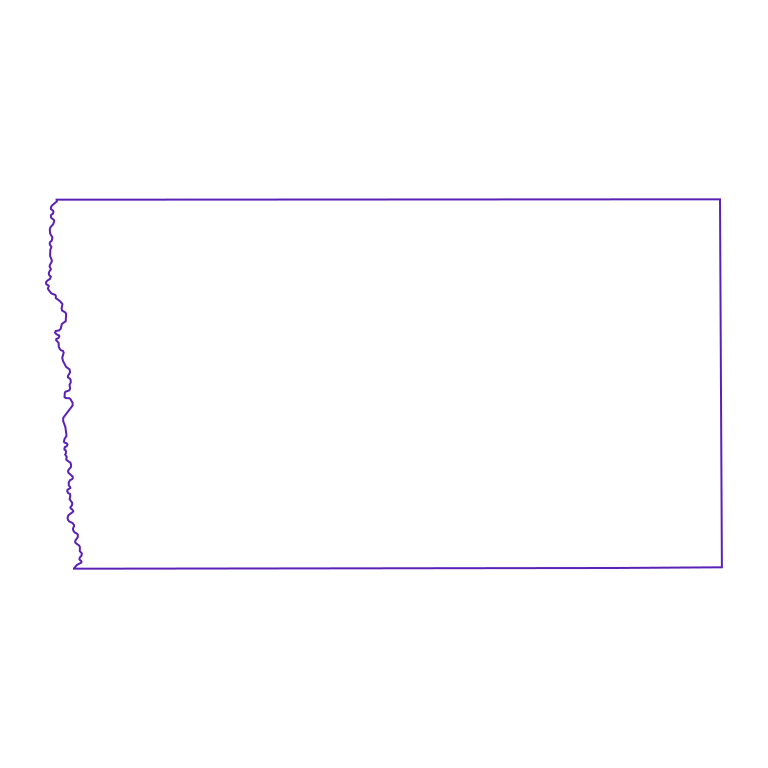 Norman, Minnesota, United States of America (Robinson projection)
{"feature_id": "52423323B61487870979754", "entity_name": "Norman", "entity_type": "district", "adm_level": 2, "iso_a3": "USA", "parent_name": "United States of America", "parent_adm1": "Minnesota", "projection": "robinson", "projection_center": [-96.827, 47.325], "detail": "fine", "context": "isolated", "style": "outline", "palette": "violet", "viewbox_px": 768, "rotation_deg": 0, "n_neighbors": 0, "source": "geoboundaries", "source_scale": "gbopen_adm2", "svg_char_len": 2188}
<svg xmlns="http://www.w3.org/2000/svg" viewBox="0 0 768 768"><path d="M720.0,199.3L56.6,199.7L56.8,201.5L52.2,205.3L51.4,206.3L50.9,208.1L50.9,209.1L53.2,210.8L53.4,211.9L53.0,213.7L51.4,214.6L50.9,215.5L50.9,217.0L51.3,217.9L53.9,220.0L54.2,221.4L53.2,224.2L50.5,227.2L49.8,229.2L50.1,233.5L52.4,237.4L51.8,240.6L50.0,242.2L49.7,243.6L50.0,245.0L51.3,246.6L51.2,247.8L50.3,249.7L50.1,256.0L51.8,260.3L51.8,261.5L49.9,264.9L49.6,266.6L50.9,269.0L49.0,272.3L48.8,273.6L49.2,275.1L50.8,276.7L50.0,278.9L47.2,280.7L46.1,282.1L46.1,283.7L46.6,284.5L48.6,285.5L48.8,286.3L47.9,288.3L48.1,289.2L51.3,293.4L55.3,294.9L55.9,296.3L55.8,298.1L59.8,301.0L62.3,303.8L62.4,304.6L61.6,308.4L62.0,310.5L65.1,312.3L66.0,313.6L66.1,315.1L65.7,321.2L61.9,323.9L60.7,328.8L59.0,330.5L55.9,330.9L55.0,332.5L56.4,334.2L59.1,335.5L59.3,336.6L58.5,338.0L56.3,339.0L56.1,340.1L58.6,342.9L58.8,346.9L59.7,348.8L60.8,350.1L63.0,351.0L63.7,352.7L62.2,357.9L63.2,361.4L66.1,366.9L69.5,369.3L70.1,372.3L67.9,376.0L68.0,377.4L70.0,378.8L70.7,380.0L70.7,382.5L69.5,384.9L70.1,388.0L70.0,389.1L69.2,390.4L65.6,391.7L64.9,392.4L64.5,397.1L65.8,398.1L69.1,398.2L70.2,398.8L72.6,402.8L72.6,405.5L63.3,417.7L63.1,420.9L65.4,427.2L66.4,434.7L66.3,436.3L64.7,438.5L63.9,441.6L64.5,442.6L66.8,443.4L67.5,444.5L66.7,446.3L64.9,447.0L64.4,448.5L64.5,449.7L65.5,450.1L66.0,451.4L65.8,453.5L65.2,454.6L66.6,456.8L66.7,457.5L66.2,459.2L66.5,460.0L70.5,462.8L71.1,465.3L70.9,467.1L68.9,469.4L68.1,470.8L68.1,471.9L68.6,472.9L72.0,476.0L72.6,476.4L72.8,477.9L72.2,479.1L70.0,480.2L68.7,482.6L68.8,485.3L70.3,487.4L70.3,488.1L67.6,489.7L67.2,491.0L68.0,492.9L70.0,494.0L70.3,495.8L69.6,499.2L72.1,502.7L72.2,504.1L72.0,505.2L70.4,507.3L70.7,508.4L72.1,509.4L73.3,511.1L72.7,512.1L68.6,515.0L67.8,516.7L67.6,518.5L68.1,520.1L69.3,521.5L72.5,523.0L74.0,525.0L74.1,526.0L73.0,528.6L73.0,529.5L73.8,531.5L74.7,532.5L76.5,533.3L77.7,534.5L77.9,535.8L77.7,537.3L75.5,540.3L75.2,541.4L75.4,542.8L79.2,545.6L79.9,547.1L79.8,551.2L81.8,553.3L81.5,555.7L79.9,557.4L79.4,558.9L79.6,559.7L81.3,561.1L81.5,561.9L81.3,562.6L76.8,565.0L74.0,568.3L74.0,568.7L613.7,568.0L721.9,567.3L720.0,199.3Z" fill="none" stroke="#5b21b6" stroke-width="2"/></svg>